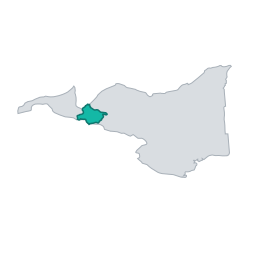 Benoue, Nord, Cameroon (highlighted), rotated 265°
{"feature_id": "32672807B41938793250317", "entity_name": "Benoue", "entity_type": "district", "adm_level": 2, "iso_a3": "CMR", "parent_name": "Cameroon", "parent_adm1": "Nord", "projection": "equal_earth", "projection_center": [13.438, 9.181], "detail": "fine", "context": "in_parent", "style": "filled", "palette": "teal", "viewbox_px": 256, "rotation_deg": 265, "n_neighbors": 0, "source": "geoboundaries", "source_scale": "gbopen_adm2", "svg_char_len": 5653}
<svg xmlns="http://www.w3.org/2000/svg" viewBox="0 0 256 256"><g transform="rotate(265 128 128)"><path d="M74.2,177.6L74.6,176.1L77.6,169.1L79.6,158.0L80.5,155.4L81.4,153.7L85.8,147.8L87.5,145.9L89.9,143.7L91.6,139.4L92.1,138.9L92.9,138.6L96.7,134.9L97.1,135.6L97.3,136.5L97.6,136.9L98.8,137.2L100.5,137.1L101.5,136.9L102.0,136.1L102.6,134.1L102.9,133.7L103.3,133.6L105.1,135.0L108.2,139.1L108.9,139.8L109.3,140.6L109.9,144.2L110.3,145.1L111.0,145.5L112.2,145.3L113.4,144.6L114.5,143.7L115.6,142.5L116.3,141.4L116.6,140.6L116.8,137.6L117.0,136.9L121.0,132.6L120.9,132.2L120.2,131.0L119.7,129.6L120.3,128.2L120.9,127.2L123.2,123.6L123.3,121.0L125.2,116.9L126.2,111.5L126.3,110.4L128.7,104.5L131.2,103.9L132.2,103.1L133.3,101.6L134.0,100.3L134.4,99.0L134.6,96.4L135.1,93.6L135.3,91.0L136.1,88.7L137.4,87.5L139.6,86.6L139.9,86.1L140.2,84.6L140.5,79.4L140.9,77.2L142.9,74.6L143.8,70.6L144.6,66.4L146.9,61.3L149.6,56.3L150.9,54.9L152.0,54.3L153.2,54.2L154.0,53.8L156.9,51.3L158.1,50.5L159.0,49.6L159.2,48.8L159.3,47.7L159.0,45.1L159.5,43.2L159.8,40.3L159.9,38.0L159.8,37.2L159.3,35.8L158.4,34.4L157.0,33.5L155.0,33.3L153.9,32.8L153.5,30.1L153.4,28.4L152.0,19.7L154.6,19.7L157.6,20.7L158.4,21.5L158.8,24.5L159.9,26.2L161.8,27.6L163.0,30.5L163.5,34.9L164.6,37.5L164.8,38.0L166.3,42.9L166.4,45.2L166.3,46.8L166.9,48.7L166.0,51.9L165.7,53.9L165.6,56.8L166.2,61.7L167.1,65.6L168.1,68.7L169.1,71.1L170.9,73.7L172.7,76.2L174.5,77.7L172.9,78.6L169.8,78.7L168.0,78.2L167.1,78.2L166.3,78.5L162.9,78.9L159.6,78.7L156.5,78.1L154.6,78.2L153.1,79.7L152.0,81.9L150.9,83.7L151.2,85.6L152.1,86.7L153.7,89.1L155.1,91.4L155.9,92.9L158.7,96.3L161.5,99.4L162.8,100.4L163.3,100.6L164.8,102.4L166.9,105.2L168.9,109.7L171.6,118.6L172.2,119.4L173.1,119.8L173.2,120.8L173.1,122.2L172.8,123.3L170.7,128.0L168.8,129.8L168.2,130.9L167.5,133.6L165.8,138.9L165.1,139.7L163.4,143.3L162.0,147.8L161.7,148.5L161.1,149.1L159.1,150.2L158.5,150.8L157.4,152.2L157.3,153.1L157.8,154.4L158.3,155.4L159.4,155.4L159.9,156.4L159.9,163.5L159.5,164.5L159.5,165.0L159.3,166.2L159.2,167.6L159.3,168.1L159.7,168.5L160.3,169.5L160.6,171.7L161.3,179.3L161.6,180.5L162.1,181.3L163.9,183.0L165.7,185.1L166.3,186.5L166.6,188.8L167.3,190.7L167.3,191.3L167.0,191.5L165.9,191.7L166.3,193.0L167.2,195.3L171.9,202.3L176.4,208.6L177.4,209.1L178.2,209.2L178.6,209.6L179.0,210.5L180.5,212.8L180.7,214.1L180.4,215.4L180.8,217.4L181.0,218.1L180.9,218.7L181.1,221.1L181.5,223.2L182.2,225.0L182.1,226.2L181.2,226.9L180.7,228.1L180.6,229.7L180.8,231.7L181.5,234.0L181.5,235.4L180.4,236.3L179.2,234.7L177.9,233.6L175.9,231.8L173.9,231.1L171.3,231.0L170.2,231.2L168.3,229.7L167.7,229.5L166.8,230.1L166.2,230.1L165.5,229.9L164.0,229.9L163.9,228.8L163.6,228.6L162.0,228.7L161.6,227.8L161.3,227.9L160.7,227.6L159.4,226.3L158.1,227.2L155.3,227.1L141.2,227.1L140.9,225.9L140.2,225.3L138.9,225.2L135.2,225.4L132.3,225.2L130.4,224.8L128.0,224.5L125.1,224.7L122.0,224.7L116.6,224.4L113.6,224.4L113.7,225.2L113.5,225.7L113.4,227.0L94.3,226.9L92.7,226.1L92.2,225.5L92.1,224.5L91.7,224.3L92.0,219.9L92.7,216.1L92.9,212.6L93.8,209.5L93.4,206.5L92.8,205.1L89.9,200.8L91.2,199.2L89.5,199.4L89.1,197.8L88.3,195.8L88.8,195.5L89.3,194.5L90.9,194.8L90.8,194.3L89.5,192.6L89.6,191.8L90.2,190.9L89.9,190.5L88.9,191.5L88.2,191.4L87.7,190.8L87.3,190.7L87.5,192.0L87.0,193.1L86.4,193.5L85.5,193.4L84.8,193.1L84.6,192.5L83.9,192.0L82.0,191.2L80.4,190.2L80.1,187.6L79.5,186.4L79.2,185.1L79.1,183.7L79.3,181.4L78.9,181.0L78.4,180.9L77.7,181.0L77.1,180.9L76.3,179.7L75.6,179.2L76.0,181.5L75.6,182.1L74.4,181.9L73.9,181.1L73.8,180.4L74.4,177.6L74.2,177.6Z" fill="#d9dde1" stroke="#a8b0b8" stroke-width="1"/><path d="M143.6,108.4L144.0,108.2L145.1,107.2L145.4,105.7L145.7,104.4L146.1,102.2L146.6,101.6L147.5,100.8L147.6,100.7L148.6,99.6L148.9,98.4L148.8,96.8L148.9,96.0L150.0,94.5L151.0,93.4L151.1,93.2L151.4,92.7L151.5,92.7L151.8,92.4L152.3,92.4L152.5,92.0L152.8,92.0L153.0,92.0L153.6,91.8L154.3,91.9L154.6,91.5L154.4,91.0L154.6,90.4L155.1,90.1L155.5,90.0L155.7,89.8L155.4,89.9L155.1,89.7L154.9,89.5L154.7,89.4L154.6,89.2L154.5,88.9L154.3,88.5L154.2,88.4L153.9,88.0L153.9,87.7L153.7,87.7L153.4,87.4L153.1,87.2L152.7,86.6L152.6,86.3L152.4,86.1L152.3,85.9L152.2,85.9L152.1,85.6L152.0,85.3L151.8,84.9L151.5,84.5L150.0,84.1L149.6,84.2L149.5,84.3L149.3,84.5L149.0,84.8L148.7,85.0L148.4,84.9L147.8,84.8L147.4,84.9L147.1,85.0L146.7,84.8L146.3,84.4L145.9,83.6L145.7,82.9L145.6,81.3L145.5,81.1L145.3,81.0L145.2,80.8L145.1,80.2L145.0,79.6L144.8,79.0L144.7,78.6L144.1,78.4L143.9,78.4L143.0,78.6L142.3,78.6L141.4,78.5L141.0,78.4L141.0,78.5L140.9,78.7L140.9,79.0L140.7,79.4L140.4,79.6L140.3,79.8L140.3,80.0L140.3,80.3L140.4,80.5L140.5,80.8L140.7,81.0L140.8,81.0L141.1,81.2L141.2,81.3L141.3,81.5L141.2,81.9L141.1,82.2L140.9,82.4L140.8,82.5L140.8,82.8L140.8,83.1L140.8,83.3L140.7,83.4L140.7,83.5L140.7,84.0L140.5,84.3L140.5,84.5L140.5,84.8L140.5,85.0L140.6,85.3L140.5,85.5L140.4,85.7L140.4,86.0L140.3,86.3L140.2,86.5L139.9,86.6L139.7,86.8L139.4,86.8L139.2,86.9L139.0,87.0L138.9,87.0L138.7,87.0L138.4,87.1L138.1,87.1L137.9,87.1L137.7,87.2L137.4,87.5L137.1,87.8L136.9,87.9L136.7,88.0L136.3,88.4L136.1,88.6L135.9,88.9L135.7,89.0L135.4,89.2L135.3,89.3L135.2,89.4L135.0,89.5L135.1,89.8L135.2,90.0L135.6,90.0L135.7,90.4L135.7,90.6L135.7,90.9L135.7,91.3L135.7,91.7L135.7,91.8L135.8,92.1L135.8,92.4L135.8,93.6L136.1,94.9L136.4,95.9L136.3,97.2L135.8,98.1L135.7,98.3L135.6,98.7L136.0,99.3L136.2,99.5L136.7,99.9L137.3,100.2L137.6,100.9L138.3,102.2L138.7,102.5L139.0,102.3L139.7,102.9L140.2,103.6L141.2,104.5L141.7,104.5L143.5,104.0L143.8,104.2L143.8,104.7L143.4,106.1L143.3,106.5L143.0,107.2L143.1,107.9L143.6,108.4Z" fill="#14b8a6" stroke="#0f766e" stroke-width="1.5"/></g></svg>